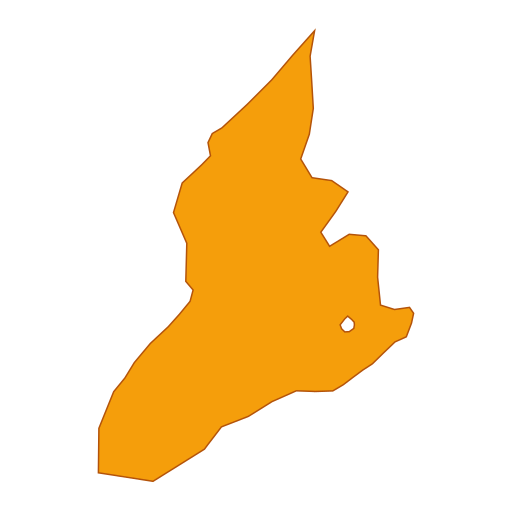 an SVG outline of Goranboy
{"feature_id": "AZE-1681", "entity_name": "Goranboy", "entity_type": "District", "adm_level": 1, "iso_a3": "AZE", "parent_name": "Azerbaijan", "parent_adm1": "", "projection": "equal_earth", "projection_center": [46.693, 40.614], "detail": "fine", "context": "isolated", "style": "filled", "palette": "amber", "viewbox_px": 512, "rotation_deg": 0, "n_neighbors": 0, "source": "natural_earth", "source_scale": "10m", "svg_char_len": 1086}
<svg xmlns="http://www.w3.org/2000/svg" viewBox="0 0 512 512"><path d="M313.7,391.4L310.9,391.3L296.3,390.8L272.0,401.6L248.5,416.3L230.1,423.5L224.4,425.7L221.4,426.9L214.6,435.8L207.6,444.9L204.5,449.1L153.0,481.3L117.6,475.8L117.2,475.7L98.4,472.8L98.9,428.3L113.7,391.7L124.9,378.0L134.4,362.5L150.4,343.4L168.2,326.8L179.4,314.3L190.1,301.3L193.1,290.0L185.8,281.4L186.8,243.3L173.5,212.6L182.2,183.0L201.7,164.8L210.5,155.8L208.0,142.6L212.3,133.5L221.9,127.9L247.1,104.5L271.7,79.9L292.8,55.1L314.6,30.7L310.1,56.2L311.7,81.4L313.3,108.4L309.3,134.3L300.7,159.0L312.0,177.7L331.7,180.6L348.0,191.9L335.7,211.5L320.8,232.2L329.6,246.3L349.2,234.3L365.9,235.8L378.4,249.8L377.6,277.2L380.5,305.1L394.5,309.5L409.5,307.4L413.6,313.3L411.5,323.1L406.3,336.8L395.0,341.9L383.3,353.1L372.4,363.8L362.7,370.1L353.3,377.1L343.3,384.7L338.6,387.5L332.8,390.9L314.6,391.5L313.7,391.4ZM344.8,331.9L349.2,331.7L353.8,328.4L354.4,325.0L354.2,322.2L351.6,319.4L347.7,316.1L344.8,318.8L342.1,322.3L340.1,324.8L341.6,328.8L344.8,331.9Z" fill="#f59e0b" stroke="#b45309" stroke-width="1.5"/></svg>